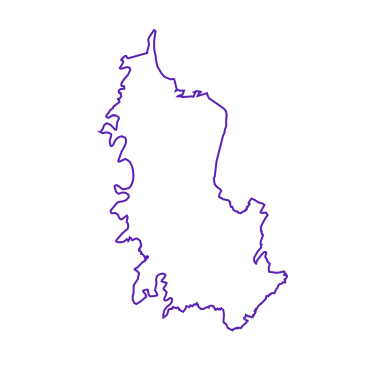 the district of Kushtia, Khulna, Bangladesh, rotated 28°
{"feature_id": "16705992B21124734124900", "entity_name": "Kushtia", "entity_type": "district", "adm_level": 2, "iso_a3": "BGD", "parent_name": "Bangladesh", "parent_adm1": "Khulna", "projection": "equal_earth", "projection_center": [89.019, 23.943], "detail": "fine", "context": "isolated", "style": "outline", "palette": "violet", "viewbox_px": 384, "rotation_deg": 28, "n_neighbors": 0, "source": "geoboundaries", "source_scale": "gbopen_adm2", "svg_char_len": 6066}
<svg xmlns="http://www.w3.org/2000/svg" viewBox="0 0 384 384"><g transform="rotate(28 192 192)"><path d="M187.9,308.8L188.6,312.2L190.7,315.4L193.0,317.0L195.4,317.1L197.4,313.9L200.8,305.9L200.4,305.2L198.4,303.9L195.7,302.9L195.2,302.2L195.4,301.7L197.7,299.4L199.1,299.2L201.6,302.6L203.8,303.8L205.9,302.8L209.6,299.9L209.7,299.2L209.0,298.3L205.5,296.1L203.6,289.4L201.5,286.4L200.8,284.1L200.7,282.4L201.8,280.1L204.0,278.0L205.6,277.4L207.1,277.5L207.7,278.1L207.7,280.6L206.9,284.0L207.1,285.1L208.4,285.2L211.7,284.1L212.3,284.2L212.6,286.4L212.1,289.7L212.3,290.8L212.8,291.4L213.7,291.6L213.9,291.3L216.7,292.4L217.4,296.3L217.5,299.2L218.2,300.2L219.0,300.5L220.6,299.5L222.2,296.2L222.8,295.7L223.6,295.4L224.8,296.1L225.7,298.3L225.6,300.6L223.7,305.2L223.1,308.9L224.1,313.5L225.6,316.3L226.4,315.1L227.6,311.8L226.5,306.8L227.2,305.8L229.1,304.8L229.5,304.1L229.0,303.3L229.2,302.3L232.5,302.1L233.8,300.6L235.4,301.0L235.7,302.0L240.3,302.0L240.7,301.0L241.0,297.7L240.6,295.4L243.8,294.8L243.5,293.1L244.0,292.7L246.0,292.7L246.4,290.6L247.0,290.0L247.9,289.9L248.4,288.2L249.0,289.1L250.0,288.6L250.1,289.1L251.8,290.5L252.9,290.5L254.8,291.2L255.8,290.3L257.1,289.9L259.1,286.7L261.1,286.3L260.8,284.7L262.1,283.3L264.6,282.8L265.0,283.4L267.2,284.2L267.2,284.7L267.8,285.1L268.4,284.8L269.2,282.9L270.8,283.2L271.2,282.3L272.0,282.5L272.3,281.0L274.9,281.4L277.7,285.1L280.7,291.8L282.1,292.6L284.1,292.6L287.4,295.2L292.5,295.2L292.7,294.2L293.2,294.0L294.0,292.2L295.0,291.8L295.5,290.6L296.7,290.8L297.3,289.7L299.1,289.2L299.5,286.5L301.0,282.6L301.4,280.2L301.8,280.0L301.7,279.7L298.2,279.6L297.1,279.0L297.9,277.2L297.3,275.2L300.2,275.4L300.6,274.7L303.1,274.7L304.4,274.0L304.3,272.6L303.8,272.4L303.8,271.6L304.4,271.3L304.5,268.0L303.2,267.8L303.2,265.6L303.9,265.8L304.1,261.5L305.2,258.3L305.8,257.7L305.9,256.4L306.9,253.8L306.7,253.4L307.3,251.2L306.7,250.4L306.7,248.9L307.3,248.2L308.3,248.3L308.6,246.2L308.9,245.4L309.4,245.6L309.9,243.9L311.4,242.9L312.3,242.8L312.0,238.4L312.3,237.1L312.3,233.0L312.8,231.9L314.3,230.8L314.8,228.8L316.7,228.3L316.2,226.9L314.8,225.9L315.5,224.3L315.7,222.0L313.7,220.4L313.4,221.7L312.4,222.1L311.8,219.9L310.7,218.8L307.0,222.0L304.5,223.7L297.7,226.2L296.4,224.8L294.9,221.8L294.6,219.0L291.2,217.9L289.9,216.5L287.0,214.8L286.2,211.3L285.8,210.5L285.2,210.4L283.9,211.3L283.3,212.7L281.6,221.6L281.6,222.9L282.3,225.1L281.9,225.2L279.8,224.2L278.1,221.8L277.7,220.7L277.9,213.5L279.2,208.6L278.3,207.7L278.0,206.3L278.2,205.8L276.9,205.6L276.3,204.3L275.6,202.0L275.0,196.6L273.6,196.4L273.0,195.4L272.2,194.9L272.1,193.9L271.0,193.9L270.4,192.2L269.5,191.5L269.2,190.5L269.0,185.1L269.2,179.5L269.7,177.1L267.1,175.5L263.4,177.8L262.0,177.7L261.8,177.2L262.1,171.6L261.9,169.3L259.2,169.1L255.5,170.0L251.2,169.6L247.6,169.8L247.0,174.3L247.3,175.4L248.5,175.6L248.2,176.4L248.5,177.2L247.7,178.7L247.5,179.8L247.7,180.2L248.1,180.1L247.9,181.4L248.4,181.3L248.4,181.8L247.5,184.1L247.1,183.9L246.0,185.7L245.9,186.4L244.8,188.0L242.1,188.6L241.2,187.8L239.6,188.6L236.7,188.2L234.5,186.2L233.6,186.8L232.1,185.9L231.7,184.9L230.8,184.2L230.6,183.2L228.7,182.4L227.8,182.3L222.9,183.8L220.6,183.4L220.1,183.8L218.2,183.6L217.3,181.1L217.2,177.1L214.7,176.1L212.1,176.0L208.5,174.6L204.8,169.8L204.8,167.7L199.4,153.8L193.0,127.9L192.8,124.2L191.7,121.4L191.3,117.8L187.9,111.5L186.7,108.1L184.2,104.8L181.2,103.5L177.5,102.9L162.9,101.2L159.9,99.0L159.0,97.7L151.9,104.5L151.8,101.3L152.8,100.1L152.7,99.3L148.2,101.0L147.0,103.0L148.2,102.9L148.6,107.2L146.7,107.8L138.8,112.8L138.1,112.4L134.6,114.2L134.9,113.4L138.0,110.4L137.3,106.1L133.8,108.2L131.5,108.5L130.2,110.2L130.1,108.2L123.4,100.8L121.9,101.3L120.2,102.6L113.6,103.2L109.2,101.5L102.4,97.3L98.0,92.1L95.9,88.7L92.8,85.2L91.2,82.9L87.6,76.4L84.3,67.1L82.4,66.9L81.6,75.0L81.7,78.0L84.9,82.1L86.3,88.5L87.2,90.2L73.1,103.7L72.5,104.1L71.6,104.0L70.2,102.8L68.9,103.5L67.3,108.1L67.9,108.9L69.2,108.5L69.9,108.9L70.2,109.6L70.4,111.7L70.0,116.5L71.3,116.6L76.3,112.0L78.7,111.7L80.2,113.3L80.5,118.4L79.2,123.7L78.7,129.3L79.4,130.9L80.5,131.4L82.4,130.5L83.8,132.6L80.8,134.5L80.1,135.7L79.9,137.1L80.9,138.5L81.6,138.8L82.5,138.0L84.6,140.8L84.1,144.5L83.2,144.3L82.9,144.7L85.4,145.9L85.6,146.9L82.5,153.6L82.9,155.1L81.5,157.6L81.2,161.7L80.5,164.1L80.6,165.2L81.0,165.8L83.0,165.9L83.8,165.3L85.7,161.5L87.0,160.7L87.1,161.3L89.5,160.2L91.2,160.2L93.0,161.1L93.2,165.6L95.5,171.4L95.7,172.8L94.8,173.0L88.6,170.9L84.6,171.2L83.5,173.0L83.1,174.7L83.6,177.9L83.1,181.7L82.7,182.0L85.4,182.0L87.9,179.9L90.4,178.8L93.4,178.8L94.3,180.3L95.1,184.6L95.7,186.2L98.2,189.2L99.1,189.4L99.8,188.6L100.2,187.6L100.0,182.2L101.1,178.7L103.6,175.8L107.3,175.4L108.6,176.3L109.8,178.0L110.7,180.2L111.0,184.1L110.9,189.6L112.3,199.2L113.1,199.6L113.8,199.1L117.5,194.2L120.1,194.1L122.6,194.5L124.6,195.6L127.3,197.8L129.9,200.8L132.6,205.0L134.3,208.8L135.1,213.0L135.1,215.5L134.8,217.2L134.1,218.4L130.6,221.6L128.3,222.1L124.3,221.2L122.6,221.2L121.5,221.9L121.0,222.9L121.1,223.8L124.5,227.2L126.7,228.1L128.2,227.8L130.6,225.2L133.8,223.9L137.3,224.3L138.6,226.4L137.7,229.9L136.9,231.0L134.5,233.4L132.3,234.9L131.0,236.6L129.2,244.9L129.0,246.9L129.2,247.4L130.9,248.6L134.2,246.5L136.3,246.6L137.7,247.2L140.0,249.1L141.7,249.6L143.0,248.9L145.5,243.4L147.0,244.4L148.3,249.2L150.0,249.8L151.2,251.3L152.0,252.5L152.5,255.1L151.7,256.2L149.6,262.3L148.0,269.5L147.9,270.9L148.4,271.3L151.1,270.8L154.0,268.8L155.4,267.5L156.6,264.2L158.1,264.5L158.7,265.1L158.9,264.2L158.3,261.3L159.8,261.5L161.9,262.7L164.1,259.7L165.7,258.8L169.0,259.4L171.9,262.5L172.5,263.7L172.1,264.4L172.5,264.9L172.1,267.1L172.7,267.3L172.3,268.0L172.8,268.8L175.2,268.8L175.8,269.2L175.8,270.0L176.2,270.6L177.1,270.1L179.3,270.7L181.3,272.3L182.3,269.8L183.5,269.7L183.8,270.3L182.9,273.0L183.0,274.3L182.6,274.3L182.3,275.7L181.2,277.3L179.3,284.2L177.8,286.3L177.6,287.1L178.1,287.6L180.0,287.5L183.0,288.4L183.8,289.3L184.1,291.9L184.8,293.2L185.0,294.5L184.3,301.8L187.9,308.8Z" fill="none" stroke="#5b21b6" stroke-width="2"/></g></svg>